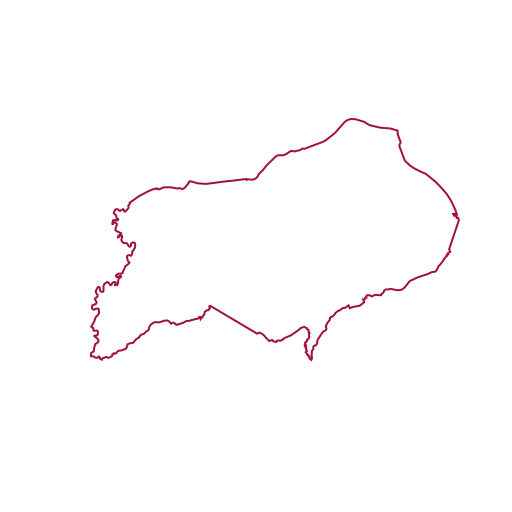 Noen Sa-Nga, Nakhon Ratchasima, Thailand, rotated 236°
{"feature_id": "78962969B30671617507476", "entity_name": "Noen Sa-Nga", "entity_type": "district", "adm_level": 2, "iso_a3": "THA", "parent_name": "Thailand", "parent_adm1": "Nakhon Ratchasima", "projection": "robinson", "projection_center": [101.989, 15.574], "detail": "fine", "context": "isolated", "style": "outline", "palette": "rose", "viewbox_px": 512, "rotation_deg": 236, "n_neighbors": 0, "source": "geoboundaries", "source_scale": "gbopen_adm2", "svg_char_len": 6091}
<svg xmlns="http://www.w3.org/2000/svg" viewBox="0 0 512 512"><g transform="rotate(236 256 256)"><path d="M370.8,181.0L370.1,180.9L369.6,180.1L369.1,178.2L367.9,177.8L367.2,177.1L366.7,176.0L366.0,172.5L366.3,171.9L366.8,171.8L369.1,172.2L369.5,168.4L370.1,168.0L371.8,167.7L373.0,166.3L373.1,165.2L371.6,162.6L371.0,162.1L367.9,162.7L365.1,161.4L363.8,162.4L363.5,162.4L363.0,161.6L363.2,160.5L365.6,157.8L365.2,156.9L364.2,156.2L363.0,154.8L362.6,154.9L362.4,155.4L363.4,156.5L363.3,157.1L362.4,158.0L360.6,158.6L359.5,158.1L358.5,156.4L357.0,154.5L356.0,153.9L354.8,154.2L350.2,157.0L349.7,156.4L349.8,155.3L349.5,153.9L349.6,152.9L348.6,152.0L348.3,152.8L349.0,153.6L349.0,154.3L347.4,156.1L346.7,155.8L344.9,153.6L343.9,153.1L343.0,153.0L341.6,153.2L340.5,153.7L339.4,155.5L338.5,156.1L335.9,156.0L334.4,156.3L334.2,156.8L334.5,158.1L334.9,158.6L336.0,159.0L336.2,159.7L336.2,161.2L334.9,162.6L334.1,162.7L333.2,162.4L331.4,161.1L330.3,159.8L329.5,158.2L328.9,155.8L327.5,155.0L326.1,153.0L326.1,152.5L327.4,151.7L327.8,151.1L328.1,149.9L328.0,149.1L327.1,148.3L323.7,147.1L322.7,147.1L321.3,147.4L320.7,145.5L320.5,141.7L319.2,140.2L318.0,137.8L316.4,135.7L316.6,134.9L318.2,132.2L318.4,130.3L318.2,129.1L317.4,128.6L316.3,129.0L315.4,132.5L315.2,132.8L314.5,132.7L314.1,132.3L314.0,131.7L314.3,129.7L309.7,125.3L309.7,124.2L310.8,122.8L312.6,124.9L313.8,123.9L314.0,121.9L313.1,120.3L313.0,119.4L313.1,119.0L314.0,118.8L315.8,118.9L317.4,118.4L317.7,118.1L317.6,115.0L317.2,113.9L316.2,112.7L312.3,110.0L311.9,109.3L312.0,108.9L313.2,107.6L314.2,107.4L315.1,107.6L316.7,108.7L317.7,108.7L318.4,108.2L318.6,107.4L316.8,104.0L315.9,103.1L314.4,102.8L312.7,103.0L311.3,102.2L311.0,101.4L310.8,99.1L310.4,98.4L307.0,98.0L306.3,97.5L305.8,96.4L306.6,93.1L306.6,92.6L306.2,92.2L304.3,90.8L302.8,91.1L302.0,91.8L301.7,94.0L300.7,95.7L300.3,96.0L299.6,95.8L297.0,94.3L296.2,93.6L295.7,92.5L294.8,88.7L292.0,85.0L289.5,79.9L288.8,79.9L287.2,80.8L285.6,79.8L284.8,79.7L283.1,82.4L282.1,82.8L281.0,82.3L279.2,80.6L279.3,79.5L280.2,77.7L280.1,77.2L276.5,78.3L274.4,78.3L273.4,77.8L272.8,76.6L272.8,73.5L271.4,71.6L267.7,68.1L267.7,65.2L266.9,64.1L265.3,63.2L264.8,63.4L264.3,64.5L263.7,65.1L261.6,66.0L260.7,66.9L260.3,67.8L260.6,69.1L260.4,69.7L257.6,69.3L256.2,70.2L256.9,71.3L257.0,71.9L256.6,72.6L256.2,75.3L254.5,76.2L253.7,78.0L253.8,79.1L253.5,79.9L253.6,80.8L253.9,81.4L254.8,81.9L254.8,84.0L253.8,84.3L253.6,86.0L254.2,87.1L254.2,89.2L252.6,92.6L252.4,94.5L252.0,95.0L251.9,95.6L252.1,97.2L252.7,97.5L253.8,99.3L254.6,100.0L254.2,102.5L252.8,105.6L252.8,106.4L253.5,107.7L253.9,109.6L254.0,111.4L253.8,113.8L254.5,114.2L254.6,115.4L255.1,117.0L254.4,118.3L254.2,119.5L254.3,120.5L254.8,122.5L254.7,125.1L255.0,125.9L256.6,127.6L257.8,129.8L258.1,133.2L257.5,135.6L255.8,137.6L254.9,139.2L253.7,143.7L252.3,146.3L250.6,147.4L247.4,147.8L247.3,149.5L247.1,150.0L245.6,151.0L244.0,151.2L243.4,151.5L243.3,152.3L242.6,153.5L242.1,155.9L241.5,157.3L241.0,162.0L239.4,164.7L238.8,167.3L237.9,168.9L237.8,170.4L237.0,171.6L236.5,173.1L236.6,173.8L237.2,174.6L236.6,175.9L234.7,174.9L235.0,175.7L235.1,177.3L236.1,178.9L236.5,180.4L238.4,182.4L238.5,184.5L237.7,186.7L238.2,187.3L238.5,188.6L240.4,189.1L240.3,190.2L191.0,213.5L190.9,215.1L190.3,216.3L187.1,217.8L186.0,218.2L182.8,218.5L178.0,219.5L177.8,221.1L177.5,221.6L177.4,222.3L176.5,222.3L176.1,222.9L174.7,223.4L173.4,224.5L173.4,224.9L174.0,225.8L173.5,227.3L172.3,228.6L171.6,230.9L172.0,232.1L172.0,234.0L170.7,240.4L170.8,249.9L171.3,252.8L170.2,256.4L167.9,257.7L167.1,257.5L165.0,258.2L163.8,257.1L162.1,257.3L161.8,256.5L161.0,255.7L158.9,254.8L158.0,253.1L158.1,251.6L157.7,251.1L157.0,250.9L156.7,250.2L156.8,248.4L156.2,247.9L154.8,247.6L155.0,246.7L154.4,246.2L153.3,247.0L153.0,246.1L152.6,245.8L152.1,245.8L151.5,246.2L150.0,245.0L148.7,245.1L148.5,244.9L148.6,243.9L148.4,243.4L146.4,243.5L145.8,243.2L144.8,243.9L144.1,243.4L142.8,244.1L142.1,243.4L141.4,243.5L140.9,243.1L138.9,243.7L140.1,245.4L142.0,246.2L146.1,249.4L146.8,251.5L148.9,253.0L149.1,253.9L148.5,256.1L149.5,257.9L150.8,258.8L152.2,260.6L153.4,263.2L155.5,268.5L155.7,270.0L155.4,272.2L155.7,273.1L156.9,274.1L158.1,274.2L158.9,274.9L160.7,277.9L161.6,281.1L163.5,283.0L163.5,283.6L163.1,285.4L163.2,286.7L163.4,288.1L164.3,289.9L164.6,291.9L164.1,296.7L164.4,298.7L163.2,300.9L163.3,305.1L160.2,304.6L160.0,306.1L158.9,309.5L156.9,313.9L156.8,315.3L157.2,319.8L159.8,320.5L159.4,320.8L159.1,321.7L160.1,322.5L160.2,323.1L159.7,324.2L160.9,324.7L161.4,325.8L160.9,326.4L160.6,327.3L159.4,328.7L157.9,329.2L157.7,329.6L157.6,331.0L157.1,332.9L156.6,333.8L154.2,336.7L153.8,337.5L153.7,338.1L154.2,338.5L154.4,339.0L154.3,340.2L154.5,341.3L155.7,343.0L155.7,345.0L154.0,347.5L153.7,349.0L148.8,353.8L147.0,356.7L146.5,359.1L147.1,362.8L149.1,368.9L149.2,370.0L147.9,377.9L145.1,388.0L144.2,393.3L143.5,394.2L142.7,396.4L143.6,398.6L145.4,401.6L146.3,405.4L148.9,411.8L149.3,414.2L150.0,414.3L149.8,416.2L151.0,416.3L150.8,419.3L153.6,419.9L172.3,444.3L174.6,444.9L175.2,443.8L175.7,443.7L177.6,445.2L178.3,442.8L180.6,442.9L180.0,444.2L178.7,446.0L183.0,447.1L192.6,448.6L201.2,448.8L209.6,447.7L217.4,446.3L228.9,442.8L234.9,439.1L240.2,436.2L244.3,434.4L251.8,432.7L266.6,436.2L267.5,436.7L268.3,437.6L269.2,439.5L277.7,441.5L280.8,443.5L286.7,438.6L292.6,431.1L300.1,424.1L302.3,422.6L306.9,420.6L313.8,414.9L316.6,411.1L317.5,408.1L317.6,404.6L313.8,390.2L312.9,377.9L313.2,376.9L313.2,375.4L317.8,356.0L318.7,355.1L319.0,354.5L319.4,350.7L320.3,349.0L320.7,347.2L323.6,343.5L323.6,338.1L324.5,334.2L325.7,333.0L326.9,331.1L327.4,329.2L327.3,327.0L325.6,317.5L324.9,314.6L323.3,309.5L322.4,304.2L321.1,302.0L320.6,300.4L320.5,297.9L321.4,295.4L324.4,291.9L324.4,290.8L325.2,290.9L325.5,290.6L332.6,276.6L334.3,273.6L343.7,254.9L349.3,247.8L352.6,245.3L354.9,243.1L354.9,242.0L353.5,239.2L353.3,237.9L352.5,235.7L352.4,234.0L352.7,232.5L355.2,230.3L355.9,228.5L360.4,224.0L361.8,222.1L364.1,218.5L364.7,217.1L365.4,213.1L367.1,211.2L367.7,211.4L368.9,207.9L370.0,202.3L371.0,192.5L370.8,181.0Z" fill="none" stroke="#9f1239" stroke-width="2"/></g></svg>